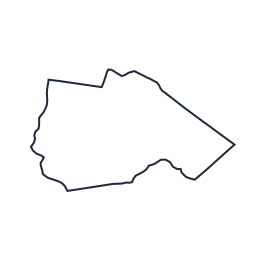 Massaranduba, Paraíba, Brazil (Equal Earth projection), rotated 75°
{"feature_id": "56859067B15048816693179", "entity_name": "Massaranduba", "entity_type": "district", "adm_level": 2, "iso_a3": "BRA", "parent_name": "Brazil", "parent_adm1": "Paraíba", "projection": "equal_earth", "projection_center": [-35.759, -7.193], "detail": "fine", "context": "isolated", "style": "outline", "palette": "slate", "viewbox_px": 256, "rotation_deg": 75, "n_neighbors": 0, "source": "geoboundaries", "source_scale": "gbopen_adm2", "svg_char_len": 1255}
<svg xmlns="http://www.w3.org/2000/svg" viewBox="0 0 256 256"><g transform="rotate(75 128 128)"><path d="M171.6,29.4L166.3,33.7L145.5,50.4L142.4,52.9L123.1,68.3L106.2,81.1L104.0,82.7L101.2,85.2L97.8,86.5L94.9,86.9L91.5,88.3L88.9,91.2L86.3,93.8L84.5,96.3L82.5,98.4L80.3,100.8L77.9,103.6L74.7,107.0L74.8,113.3L76.0,117.0L76.2,120.6L71.8,124.9L69.7,126.7L67.4,129.0L66.5,132.0L68.7,134.0L72.1,136.1L75.2,138.1L78.2,140.2L81.7,142.9L64.8,182.3L60.8,192.2L64.2,193.6L69.1,195.9L73.4,197.4L76.0,197.9L80.4,198.8L85.4,200.8L88.7,203.5L91.1,205.6L93.0,208.3L95.2,211.2L99.0,212.2L102.4,213.2L105.5,214.6L107.8,218.6L110.7,220.4L114.1,220.5L117.6,222.4L121.0,226.6L125.1,225.7L129.1,223.1L132.2,218.8L134.6,216.9L137.1,219.2L139.2,221.5L141.6,221.9L144.3,221.9L147.7,221.9L150.3,222.2L152.7,220.5L155.4,218.2L161.1,209.6L162.9,207.3L165.5,205.2L167.9,204.0L173.1,202.8L177.3,164.6L177.7,160.7L178.1,157.1L180.2,147.7L180.1,144.4L181.1,141.3L181.4,138.1L178.3,135.8L176.0,132.8L175.1,128.2L173.9,123.6L172.5,120.6L169.8,117.8L169.6,111.9L168.4,108.3L167.2,104.4L168.2,100.1L171.7,96.3L177.1,94.6L180.4,91.1L181.2,87.8L184.4,87.8L187.2,86.5L190.4,84.5L192.4,81.7L195.2,76.9L188.2,62.2L177.7,41.6L171.6,29.4Z" fill="none" stroke="#1e293b" stroke-width="2"/></g></svg>